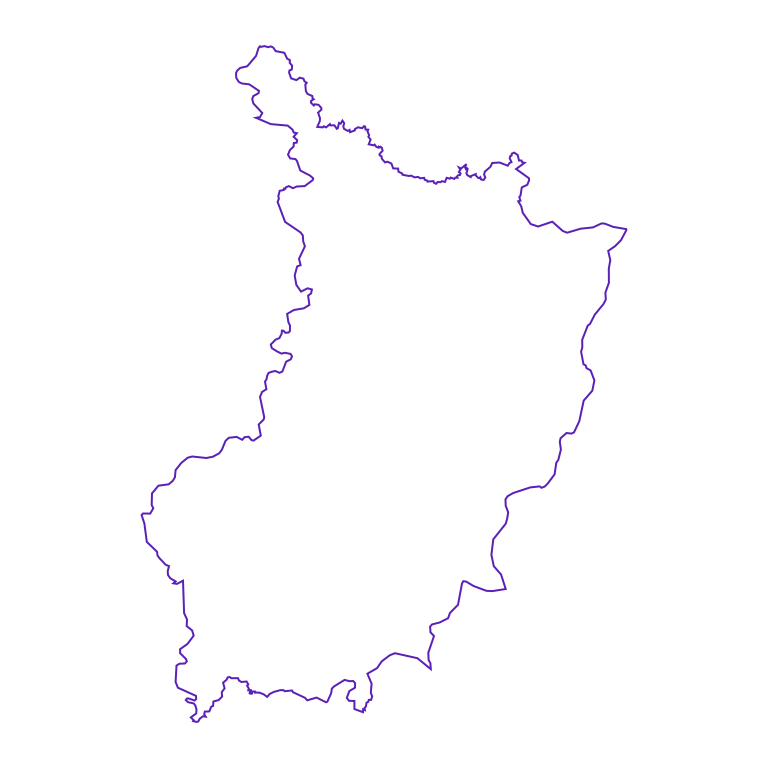 the district of Sanggau, Kalimantan Barat, Indonesia
{"feature_id": "22746128B74989070523542", "entity_name": "Sanggau", "entity_type": "district", "adm_level": 2, "iso_a3": "IDN", "parent_name": "Indonesia", "parent_adm1": "Kalimantan Barat", "projection": "albers", "projection_center": [110.5, 0.351], "detail": "fine", "context": "isolated", "style": "outline", "palette": "violet", "viewbox_px": 768, "rotation_deg": 0, "n_neighbors": 0, "source": "geoboundaries", "source_scale": "gbopen_adm2", "svg_char_len": 6085}
<svg xmlns="http://www.w3.org/2000/svg" viewBox="0 0 768 768"><path d="M256.0,117.8L270.8,124.1L287.7,125.6L292.5,129.6L293.7,132.5L296.8,133.2L293.6,136.8L297.2,140.2L296.6,142.7L293.8,143.0L293.6,146.5L289.9,150.1L288.0,154.7L290.2,158.4L295.5,159.1L296.9,160.8L300.3,170.5L309.9,175.5L313.2,178.3L312.7,180.1L304.7,186.1L296.8,186.5L292.9,188.2L288.9,186.1L285.9,187.3L285.4,188.7L284.0,188.6L283.8,190.0L279.7,190.8L278.3,196.2L278.9,198.7L277.6,201.9L285.1,221.9L300.5,232.4L302.8,235.4L303.2,241.3L304.9,246.3L299.0,258.8L300.6,265.1L297.1,266.5L294.7,275.5L296.3,284.8L301.0,291.6L307.6,288.3L311.9,289.5L311.1,293.4L308.1,295.6L309.4,304.9L303.9,308.3L293.9,310.0L287.1,313.9L288.4,322.2L290.0,325.6L289.9,331.1L288.6,332.5L285.4,332.8L283.4,330.7L281.9,330.6L281.7,333.6L279.4,338.1L275.6,339.6L270.8,344.5L271.8,348.1L276.7,351.2L281.4,353.6L284.9,352.8L290.6,353.9L292.0,356.4L290.8,359.3L286.1,361.7L282.4,371.5L279.4,372.8L275.4,371.0L271.9,371.7L268.6,372.9L267.1,375.8L266.5,379.3L265.0,381.6L266.4,389.2L262.1,391.9L260.0,396.9L264.2,417.1L263.7,419.5L258.7,424.5L260.8,435.6L253.5,440.6L251.5,440.1L248.6,436.7L244.5,437.2L242.2,439.8L236.6,436.9L228.8,437.8L225.5,440.9L221.9,449.7L219.2,453.3L212.9,456.7L206.3,458.0L192.2,456.5L187.7,457.7L181.2,463.0L175.6,470.1L174.9,477.4L172.7,480.9L168.7,484.3L158.4,485.7L152.0,493.4L151.7,505.1L153.3,508.3L150.2,513.6L143.0,513.5L141.6,515.0L144.4,523.6L146.8,541.9L157.0,551.7L157.6,555.7L159.4,558.1L165.6,564.7L169.0,566.1L167.7,571.3L168.0,575.0L170.3,578.3L175.6,581.4L173.4,583.3L177.0,583.9L183.0,580.7L184.1,613.1L187.0,619.4L186.7,626.1L192.1,630.4L193.7,635.6L187.5,643.9L180.1,649.2L180.1,653.2L186.0,659.0L186.8,661.4L184.9,663.5L179.5,663.7L176.5,665.6L175.6,682.0L177.9,687.7L196.0,695.9L196.2,699.0L194.7,700.5L188.6,698.5L186.8,698.6L185.8,700.1L188.1,702.2L193.7,703.4L195.4,705.6L196.5,709.5L196.2,713.5L190.8,717.4L193.7,720.2L193.1,721.1L196.3,721.9L198.2,721.5L199.7,718.8L202.9,716.3L205.7,716.7L204.2,714.1L204.8,711.6L209.3,711.4L211.3,706.6L213.1,705.9L213.4,701.5L218.6,700.1L222.1,696.6L221.8,692.0L224.6,688.4L223.1,682.7L226.5,679.8L227.7,677.4L229.7,677.0L231.3,678.2L238.1,678.2L238.9,680.5L241.4,682.0L246.6,681.5L248.3,684.5L247.1,685.7L248.8,688.5L248.3,690.2L250.2,690.1L249.6,693.2L250.4,693.7L251.4,693.7L251.9,691.7L252.3,692.4L252.6,691.5L255.1,691.6L255.0,692.6L259.2,692.6L263.5,694.2L267.2,696.9L269.5,694.1L273.8,691.9L280.5,690.1L283.4,690.1L284.6,691.2L292.0,690.5L293.0,692.2L305.0,697.8L307.2,700.3L316.6,697.6L326.1,702.3L327.4,701.6L331.2,693.1L331.8,688.7L333.9,686.5L344.6,679.9L349.6,681.2L353.2,681.0L355.1,683.2L355.0,687.7L349.4,691.0L346.8,697.9L349.0,700.8L354.4,701.0L354.4,709.0L363.0,712.2L363.1,709.3L364.9,710.1L364.5,707.9L365.9,706.6L366.5,702.7L368.2,701.9L368.8,699.9L371.1,699.9L372.2,696.4L370.8,692.9L371.6,683.7L367.4,673.7L377.1,668.1L381.7,661.4L389.7,655.3L394.9,653.2L417.4,658.2L430.8,669.1L430.4,663.2L428.6,660.0L428.3,652.7L434.0,636.0L430.5,632.3L430.1,626.6L432.1,624.4L439.6,622.5L448.1,618.2L450.0,612.9L458.0,604.8L462.0,583.5L463.3,581.2L466.2,581.6L473.5,586.0L486.4,590.8L492.3,591.1L505.7,589.0L501.1,574.6L493.8,566.2L491.4,554.9L493.3,539.3L505.8,523.6L507.2,518.4L508.2,512.4L505.7,505.7L505.5,499.4L507.5,496.3L513.2,493.0L530.3,487.4L539.7,486.4L541.5,487.8L544.8,486.5L547.7,483.6L554.6,474.3L556.3,462.7L558.3,459.9L560.9,449.5L559.8,441.7L560.6,438.2L566.5,433.0L571.3,433.6L574.0,432.4L579.3,421.2L583.7,400.6L592.3,390.7L594.4,380.4L590.6,370.4L586.5,368.1L585.7,365.5L583.5,364.2L581.1,351.8L582.3,347.4L582.2,339.8L587.7,325.7L590.1,323.8L594.8,314.6L603.5,304.0L605.8,299.6L605.4,292.6L608.9,282.8L608.8,268.6L610.3,260.2L608.2,250.9L614.9,246.3L621.0,240.2L626.4,230.0L626.2,229.1L613.2,226.9L604.7,223.6L601.6,223.4L593.0,227.4L580.7,228.7L567.1,232.7L562.8,231.0L552.3,221.7L538.1,226.5L530.8,224.1L522.8,212.9L521.2,206.2L518.2,201.3L520.4,200.7L519.3,197.0L520.5,195.6L521.8,187.4L527.3,184.8L529.1,180.3L528.9,178.2L516.1,169.0L524.6,162.8L522.2,162.2L521.5,160.5L519.0,160.5L517.7,155.0L514.1,152.6L511.8,153.7L511.5,155.7L510.3,156.1L509.7,158.3L511.5,162.1L509.4,163.1L507.8,165.7L499.5,162.5L492.2,163.0L490.4,166.8L484.8,171.7L484.1,174.6L485.3,177.5L483.6,180.0L481.0,179.4L480.3,177.2L479.1,178.2L478.1,177.8L475.6,175.2L475.7,174.1L471.1,176.0L470.7,177.1L467.3,175.1L466.4,173.3L467.7,169.0L466.8,168.0L465.8,169.0L465.0,167.0L466.5,164.1L461.1,168.5L459.0,167.5L460.3,169.9L458.9,172.0L460.6,173.4L459.9,175.1L458.1,175.2L456.8,176.8L457.4,177.7L455.3,177.7L454.3,178.9L450.7,177.6L449.9,178.7L446.7,177.8L445.0,181.9L441.9,181.2L440.5,182.2L437.6,182.0L436.2,183.8L434.0,182.8L433.5,181.1L427.5,181.6L427.3,180.6L424.7,179.8L424.2,177.9L420.2,178.3L418.1,176.9L414.7,177.4L411.0,175.6L408.8,176.0L402.4,174.7L402.2,173.5L398.5,171.7L398.1,168.6L393.2,168.4L391.4,163.5L387.4,161.7L385.0,162.4L381.7,158.5L381.6,156.4L379.6,155.3L379.5,154.1L382.6,150.7L382.0,148.0L380.6,146.8L379.8,147.5L378.8,146.6L378.2,147.6L376.3,146.8L374.6,144.6L373.6,145.3L368.7,144.3L370.6,139.5L368.4,136.8L369.1,135.1L367.5,131.4L368.2,129.7L365.5,129.5L365.1,126.5L364.0,126.2L362.2,128.2L358.0,127.3L354.9,129.1L354.8,130.4L350.1,132.2L349.6,129.9L347.9,131.0L344.0,128.8L343.3,126.5L344.2,123.1L342.4,120.6L340.7,123.7L339.0,122.9L337.8,128.3L336.8,128.8L334.4,125.3L330.4,125.4L329.9,124.1L326.1,127.4L323.8,126.3L322.8,127.4L317.3,126.9L319.8,121.1L320.0,118.3L318.1,112.6L321.4,109.6L321.3,107.9L318.5,104.8L314.6,104.3L313.8,105.5L311.0,102.7L311.0,101.0L313.7,99.2L312.6,98.5L312.3,96.0L307.5,93.9L305.9,91.2L305.3,84.6L306.7,82.8L304.5,81.3L303.4,78.6L299.7,77.7L296.4,80.1L291.2,78.4L289.1,72.7L289.4,70.5L291.8,69.5L292.1,65.6L289.7,62.8L289.9,60.1L287.2,58.7L284.3,52.8L275.6,51.1L273.2,47.5L270.8,46.4L268.2,47.2L264.5,46.1L260.9,46.9L260.0,46.3L258.5,48.1L256.1,55.8L248.2,65.2L246.9,66.4L240.2,67.9L237.2,70.6L236.0,73.3L236.3,78.0L238.9,82.0L241.9,83.5L249.2,84.3L259.0,90.9L258.5,93.2L253.3,96.1L252.2,99.0L253.4,103.5L262.3,113.0L260.0,117.1L256.0,117.8Z" fill="none" stroke="#5b21b6" stroke-width="2"/></svg>